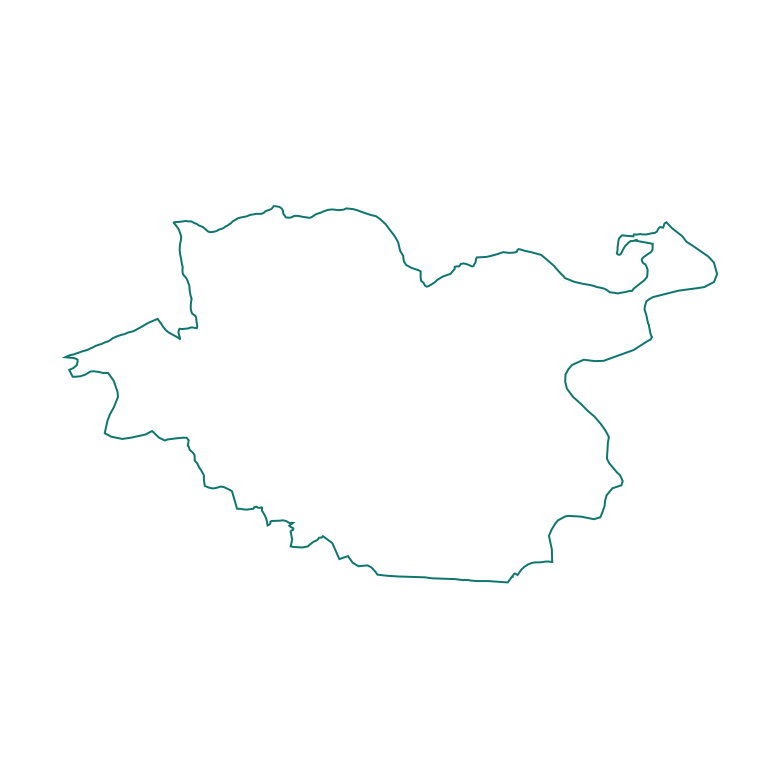 outline of Gadinti, Neamt, Romania, rotated 186°
{"feature_id": "2599482B80343576594482", "entity_name": "Gadinti", "entity_type": "district", "adm_level": 2, "iso_a3": "ROU", "parent_name": "Romania", "parent_adm1": "Neamt", "projection": "robinson", "projection_center": [27.043, 46.924], "detail": "fine", "context": "isolated", "style": "outline", "palette": "teal", "viewbox_px": 768, "rotation_deg": 186, "n_neighbors": 0, "source": "geoboundaries", "source_scale": "gbopen_adm2", "svg_char_len": 6158}
<svg xmlns="http://www.w3.org/2000/svg" viewBox="0 0 768 768"><g transform="rotate(186 384 384)"><path d="M555.5,525.7L558.1,524.1L559.4,522.8L560.7,521.8L564.4,520.3L566.6,518.6L570.4,517.2L572.5,516.9L574.0,517.0L575.4,517.6L580.7,521.3L584.4,522.2L586.9,523.6L589.6,524.3L592.4,525.5L595.3,525.3L598.3,525.4L601.3,524.6L606.4,523.5L609.5,523.0L609.9,522.6L610.0,522.3L608.0,520.5L605.0,517.3L603.6,515.0L601.4,510.2L601.0,508.5L601.0,506.0L601.5,501.4L601.3,496.2L600.1,491.0L598.9,487.3L597.6,482.4L596.5,479.4L596.3,478.4L596.5,477.3L595.9,473.5L595.3,472.2L594.4,471.1L592.0,468.9L591.1,467.7L589.9,465.7L589.5,464.6L588.0,461.7L587.5,459.5L586.9,456.1L585.7,452.0L584.6,449.3L584.3,449.1L584.5,442.8L584.0,438.3L582.9,435.3L582.0,433.8L579.2,432.4L577.9,431.1L577.0,426.6L575.8,422.1L575.8,420.5L576.0,420.0L581.0,420.2L582.8,419.7L584.4,418.8L590.2,417.6L591.4,417.5L592.9,417.6L593.5,416.9L593.8,414.3L593.6,413.2L591.5,407.7L591.7,407.4L594.0,408.7L602.5,412.3L604.7,413.4L606.4,414.6L609.9,418.1L611.3,420.0L616.0,425.1L624.7,420.2L630.9,415.7L638.5,410.4L643.7,408.5L647.3,406.5L650.4,405.4L654.3,403.6L658.6,401.2L661.1,398.8L663.4,397.2L666.0,396.2L669.5,394.0L670.7,393.7L674.9,391.7L676.3,390.7L683.0,386.7L687.5,384.9L695.9,380.9L698.3,380.2L701.0,379.0L703.8,377.3L695.4,377.4L692.9,376.9L691.4,376.2L691.0,374.6L691.5,370.7L694.6,367.4L698.5,365.1L694.4,358.7L692.0,358.9L686.9,359.9L682.0,362.1L677.3,365.7L674.4,366.3L669.0,366.2L664.5,365.6L659.6,366.2L653.1,358.9L648.1,348.0L647.2,343.4L650.2,332.7L653.4,325.2L655.2,318.4L656.6,305.8L649.7,303.1L638.5,302.0L629.6,304.3L616.0,308.8L609.7,313.0L602.1,307.1L596.0,304.9L593.6,306.2L584.7,308.3L578.2,309.6L574.7,309.9L572.4,307.6L572.7,302.0L571.7,301.4L570.3,298.1L567.2,296.0L565.2,293.9L564.5,291.1L564.4,289.4L564.2,288.1L562.7,286.5L561.3,285.5L561.1,284.8L558.7,281.2L556.5,278.7L555.8,277.5L554.5,275.9L553.6,274.3L553.0,269.3L551.6,263.9L547.6,262.7L543.8,262.2L540.8,262.8L535.5,265.0L532.0,264.6L527.8,263.1L526.3,262.4L524.3,261.8L523.6,260.6L517.1,244.6L512.5,244.9L511.3,244.6L507.5,244.7L502.9,245.8L501.8,245.9L500.9,246.3L500.5,246.9L500.3,247.7L498.2,248.6L495.9,247.7L494.6,247.9L493.4,248.4L492.9,248.5L492.4,248.3L492.2,245.6L491.8,244.9L490.1,242.7L488.2,239.9L487.1,237.8L485.9,234.4L485.0,231.1L483.7,232.0L482.6,233.1L482.4,234.6L482.5,235.3L481.5,236.0L473.2,237.2L470.1,237.9L466.8,237.4L464.4,236.2L463.2,235.9L460.2,236.2L463.4,233.2L462.7,232.8L462.1,232.2L459.1,231.0L459.1,229.4L459.4,229.1L460.8,228.7L461.5,227.0L461.3,226.5L461.0,226.2L459.7,221.6L459.0,220.1L459.8,212.7L455.8,212.5L448.1,212.9L442.6,214.6L441.3,216.3L437.5,219.8L433.9,221.9L432.5,224.3L429.8,224.9L428.9,226.3L418.8,220.4L410.1,205.2L401.9,209.1L396.5,203.0L390.4,200.1L381.4,201.9L377.4,200.3L372.7,196.2L370.6,193.7L361.0,193.6L349.2,194.1L323.3,196.0L315.6,195.8L292.7,197.4L284.5,197.2L284.1,197.3L283.8,197.6L281.0,197.6L279.7,197.9L277.8,197.6L271.1,197.7L259.7,198.9L240.2,199.6L236.5,205.9L235.9,205.7L235.5,207.4L234.6,208.8L233.9,209.2L231.2,208.0L228.2,213.4L227.2,214.7L225.4,216.8L221.7,219.7L218.7,221.3L216.0,222.2L209.3,223.1L204.7,224.3L202.0,224.6L198.1,224.6L199.8,237.1L204.1,250.2L202.1,256.6L199.2,263.0L196.7,266.6L189.8,271.3L186.8,272.1L174.5,272.7L161.0,271.5L155.0,274.0L153.4,279.0L151.9,285.6L151.9,291.2L151.0,296.6L145.9,304.2L137.3,308.1L136.4,312.2L139.8,318.1L142.6,320.0L151.7,328.7L154.5,333.1L155.2,349.2L154.8,354.8L159.1,361.1L164.5,367.2L171.3,373.6L179.0,378.9L185.8,384.6L194.5,390.8L201.6,398.5L204.0,405.1L204.5,412.4L202.1,418.0L198.9,422.7L187.9,429.0L176.7,428.8L168.0,430.0L139.3,443.9L126.4,454.2L123.6,456.0L122.4,458.9L123.1,459.6L124.4,462.2L126.4,469.0L126.8,470.7L127.7,471.8L130.3,479.9L132.8,485.8L132.5,489.7L131.6,493.7L129.3,495.9L125.7,498.5L100.6,507.7L83.1,511.9L75.5,513.9L66.5,519.9L64.2,528.1L68.6,539.3L75.0,544.8L91.5,553.8L98.0,557.0L102.8,562.2L113.8,569.0L118.8,573.2L120.0,574.4L121.5,573.2L122.0,572.4L122.3,570.3L122.9,568.6L125.8,569.0L126.5,568.5L127.6,566.5L128.5,564.1L130.7,562.4L132.4,562.2L139.4,560.0L142.8,559.8L145.0,559.9L147.8,559.1L151.1,558.8L151.4,556.9L162.9,556.7L164.6,554.5L165.6,553.0L165.9,549.7L165.8,547.3L166.0,544.1L165.7,542.5L165.8,540.8L166.1,538.3L165.2,537.3L163.6,537.1L162.8,537.4L161.7,538.6L160.5,542.3L158.6,546.4L157.1,548.1L156.1,549.7L153.4,552.1L152.4,552.0L150.8,552.4L149.7,552.7L149.1,553.4L148.1,553.6L148.3,552.8L131.4,551.5L131.4,549.7L131.0,546.8L131.2,544.9L132.2,543.2L133.1,542.3L135.4,540.6L138.8,537.6L140.3,535.8L140.7,534.5L140.2,533.1L138.8,531.2L136.6,530.3L135.4,528.5L133.8,525.3L133.5,521.2L133.6,518.0L135.9,514.4L145.5,505.1L147.1,502.5L149.2,502.3L153.2,500.8L156.5,499.9L161.1,498.5L164.3,498.8L169.0,498.8L171.9,500.6L174.7,501.8L178.6,502.4L181.9,502.6L186.6,503.6L189.4,504.0L196.5,504.4L205.4,505.5L215.2,508.3L216.7,510.0L219.4,512.0L225.7,517.6L226.6,518.8L236.6,525.8L241.1,528.8L251.4,530.5L258.3,531.2L261.7,532.0L264.2,532.2L265.4,531.2L265.7,529.4L266.9,528.8L269.4,528.1L273.2,527.5L279.0,527.6L281.3,526.7L284.3,525.2L291.7,522.3L295.9,521.0L304.9,519.6L305.5,518.0L305.7,514.5L306.7,512.6L307.2,510.8L308.7,510.1L312.3,511.3L315.1,512.0L317.7,512.2L320.3,511.3L320.5,510.5L321.7,508.8L324.3,508.5L325.9,507.9L325.8,505.8L329.3,500.5L336.8,497.0L342.0,493.0L343.6,491.0L346.5,488.5L350.0,485.9L351.7,485.3L353.6,486.2L355.1,488.6L357.9,490.6L358.6,493.0L359.3,499.8L361.6,500.8L368.7,502.3L374.4,504.7L377.0,507.9L378.4,513.5L381.9,518.2L384.7,526.3L388.3,531.5L399.1,543.1L405.1,547.6L409.4,550.0L414.7,550.7L425.5,553.1L428.7,554.0L433.1,554.7L439.8,554.7L442.3,553.2L446.8,552.2L453.7,552.2L458.1,551.3L462.8,549.0L465.1,547.6L468.6,546.2L471.0,544.5L472.8,542.8L475.1,541.5L481.9,541.7L486.9,542.2L489.6,542.0L491.3,541.5L493.5,540.1L495.2,539.5L498.4,539.4L499.4,539.7L500.3,541.1L501.8,542.7L502.1,543.2L502.6,545.8L503.9,547.6L504.6,548.2L507.0,549.3L512.1,549.5L514.0,546.7L514.6,546.1L515.4,545.6L519.3,543.8L520.0,543.3L521.5,541.7L522.5,541.0L524.1,540.3L528.2,540.0L535.0,538.1L538.0,536.4L544.2,534.5L546.7,533.5L551.7,529.7L553.2,527.6L554.6,526.7L555.5,525.7Z" fill="none" stroke="#0f766e" stroke-width="2"/></g></svg>